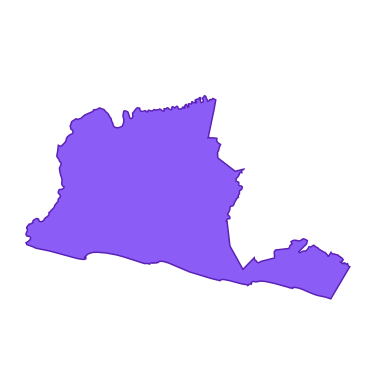 the district of Villa de Tututepec de Melchor Ocampo, Oaxaca, Mexico, rotated 4°
{"feature_id": "50627088B81743896776092", "entity_name": "Villa de Tututepec de Melchor Ocampo", "entity_type": "district", "adm_level": 2, "iso_a3": "MEX", "parent_name": "Mexico", "parent_adm1": "Oaxaca", "projection": "orthographic", "projection_center": [-97.497, 16.098], "detail": "fine", "context": "isolated", "style": "filled", "palette": "violet", "viewbox_px": 384, "rotation_deg": 4, "n_neighbors": 0, "source": "geoboundaries", "source_scale": "gbopen_adm2", "svg_char_len": 5978}
<svg xmlns="http://www.w3.org/2000/svg" viewBox="0 0 384 384"><g transform="rotate(4 192 192)"><path d="M242.1,165.6L233.6,168.3L215.4,156.2L214.7,150.9L215.7,148.6L216.1,145.5L217.2,142.6L214.5,141.1L213.5,139.9L212.9,138.7L213.2,137.1L213.0,136.7L208.6,136.5L206.4,136.9L205.9,136.5L205.0,136.4L204.3,136.8L208.3,107.8L209.3,98.5L206.3,97.2L205.1,98.6L204.8,98.7L203.9,98.4L203.3,98.7L202.6,99.9L201.5,100.5L200.7,98.9L200.3,98.5L199.0,95.6L197.8,95.1L197.5,95.3L197.2,96.2L196.3,97.2L196.0,98.1L195.9,98.5L196.5,98.7L196.9,100.0L196.8,101.4L195.3,102.1L194.8,102.1L194.5,101.8L193.8,100.0L193.9,98.7L194.2,97.7L193.5,97.2L193.1,97.3L192.7,97.5L192.8,98.2L192.5,98.6L189.9,99.3L188.8,100.1L188.7,100.7L189.1,101.3L189.7,101.2L190.1,101.7L190.2,102.6L188.6,102.8L188.1,102.6L187.3,102.7L186.1,102.0L185.6,102.0L185.4,102.5L185.7,103.1L185.6,104.0L185.1,104.2L182.8,104.2L182.3,104.5L182.7,106.2L182.6,107.4L182.4,107.6L182.1,107.7L181.5,107.4L181.2,106.1L180.1,105.1L179.3,105.6L178.8,106.7L178.8,107.2L178.3,107.4L178.4,107.8L178.9,108.2L178.8,108.9L178.2,108.9L176.8,108.1L175.9,109.6L175.4,109.9L174.5,109.9L173.5,110.3L172.4,109.6L171.8,107.9L171.2,107.6L170.7,107.6L170.0,108.2L169.3,109.2L168.5,109.2L167.8,108.6L166.9,108.3L166.1,108.5L166.0,111.1L165.5,111.3L164.0,111.2L162.4,109.9L161.6,109.7L160.9,110.1L160.6,110.7L160.2,110.9L159.5,110.8L158.3,111.0L158.7,113.0L158.4,113.1L156.9,113.2L155.0,111.8L153.9,111.5L153.3,112.1L151.1,112.5L150.6,112.9L149.9,112.9L148.8,112.3L148.4,112.5L146.6,113.9L145.4,114.0L143.4,113.4L142.4,113.9L142.2,115.0L141.7,115.3L140.7,115.1L140.4,114.6L139.5,114.1L137.2,115.1L135.6,114.9L135.1,114.7L134.5,113.9L133.9,112.0L131.6,111.8L130.2,113.1L128.5,115.8L127.2,117.5L127.7,120.1L127.6,121.2L127.4,121.9L127.0,122.5L126.2,123.0L125.2,122.8L124.8,122.3L122.6,116.8L121.3,116.1L119.7,115.7L118.7,115.8L118.2,116.5L117.8,120.6L118.2,122.4L118.8,124.0L119.0,125.0L118.8,128.4L118.2,129.9L118.2,130.7L116.9,131.8L114.0,133.1L111.2,133.0L109.9,132.5L108.8,130.9L108.2,129.1L107.1,127.2L106.1,124.3L104.9,123.0L102.8,119.8L100.4,117.9L98.3,115.8L96.9,115.5L94.1,114.6L93.2,114.9L92.3,115.8L89.4,116.8L88.6,116.6L87.9,117.3L87.7,118.1L86.9,118.9L79.9,122.5L77.5,124.7L76.1,126.4L75.3,126.5L73.4,127.5L72.2,127.6L72.0,127.1L70.9,127.2L67.6,129.8L66.8,130.7L66.6,132.7L65.8,134.5L67.0,137.9L68.4,138.7L69.1,139.5L68.9,141.5L68.4,142.2L65.6,143.9L64.2,145.3L63.4,146.4L62.9,148.1L62.6,150.1L61.2,152.2L58.4,155.2L57.5,155.6L55.4,154.7L55.1,160.7L54.6,165.7L55.7,167.4L56.9,168.5L57.5,170.2L59.1,172.0L59.6,172.8L59.0,175.1L58.1,177.3L58.4,179.4L59.6,183.8L60.9,186.9L61.6,189.6L61.4,191.6L61.7,193.6L62.1,194.4L62.9,195.2L64.0,195.7L64.0,196.5L63.8,196.9L62.8,198.0L61.7,198.5L60.0,198.7L59.0,199.4L58.6,201.4L58.7,202.2L59.0,202.8L60.0,203.5L60.7,204.5L61.1,205.4L60.4,206.9L59.1,208.4L59.0,210.7L56.3,214.4L55.4,217.2L52.5,220.6L51.9,221.6L50.7,222.5L51.0,223.9L50.8,224.6L50.1,225.8L49.1,226.9L48.0,227.6L46.8,228.9L46.5,229.8L45.8,230.9L45.0,231.6L44.1,231.9L42.8,232.2L41.9,231.9L41.0,230.7L40.9,229.8L39.2,229.2L38.0,229.7L36.2,230.9L35.5,231.8L35.3,232.4L35.5,233.3L35.4,233.9L34.2,234.3L33.2,235.3L32.4,235.2L31.7,235.5L31.7,236.0L31.3,236.1L30.5,237.2L29.6,238.7L29.5,239.4L29.7,239.9L30.3,240.3L30.5,241.7L29.4,245.0L29.4,246.2L30.1,247.3L31.1,247.6L32.9,247.6L33.8,248.3L34.2,249.0L34.1,250.3L33.0,251.8L31.9,252.8L29.9,254.2L31.0,256.0L36.3,257.5L40.5,259.0L54.2,260.8L77.8,265.5L83.2,266.5L88.7,266.9L88.7,267.2L88.9,266.8L90.4,266.3L90.6,265.9L91.2,265.5L90.5,265.6L89.5,265.1L89.3,264.7L89.5,264.3L90.1,264.3L91.2,264.9L90.3,264.3L90.4,263.6L91.7,261.9L92.7,261.1L94.4,260.2L97.2,259.2L101.4,258.7L110.7,258.8L121.0,260.0L128.5,261.5L149.5,266.7L153.0,266.4L154.6,266.9L155.2,266.5L155.5,266.0L156.2,265.6L157.4,265.5L158.0,265.8L158.7,265.3L159.8,265.5L160.7,265.2L161.5,265.3L162.1,264.8L163.0,264.7L163.5,264.4L163.6,264.0L164.5,263.5L165.1,263.3L168.4,263.3L173.7,264.5L195.1,271.9L217.4,277.0L225.3,278.3L225.9,278.5L226.5,278.4L227.2,277.3L229.2,277.1L231.1,277.2L236.2,277.9L248.2,280.2L254.0,280.8L254.1,281.3L255.0,280.8L255.2,280.3L256.0,279.9L257.2,279.5L257.6,279.8L257.8,279.5L257.4,278.8L257.5,278.1L258.8,277.1L260.0,277.0L262.0,277.2L267.1,276.0L272.0,276.2L280.4,277.4L294.7,280.3L296.4,280.9L296.7,280.7L298.6,280.9L298.7,281.2L299.0,281.2L299.3,281.0L299.5,280.2L300.7,280.0L304.7,280.3L307.9,281.1L317.3,284.4L322.6,286.0L325.6,286.6L332.8,287.6L337.9,288.9L354.6,255.5L353.7,255.3L353.2,255.0L352.5,253.7L352.3,252.8L352.0,252.6L351.0,253.4L350.2,252.5L349.3,252.1L348.7,252.9L347.8,252.3L347.0,252.9L346.6,252.8L346.1,252.0L345.0,251.4L346.5,250.7L347.5,249.2L347.5,248.9L346.3,247.5L342.5,245.2L342.1,244.7L339.5,244.3L338.3,243.9L336.7,244.0L335.0,243.1L334.8,242.6L333.0,246.2L332.6,246.6L332.2,246.6L332.0,246.4L331.9,245.8L329.1,243.1L327.8,242.8L323.7,240.7L322.5,240.0L321.2,238.8L319.0,238.0L317.9,237.0L317.0,236.6L314.9,238.2L314.4,238.4L312.6,238.5L312.3,238.7L312.1,239.5L311.2,241.2L309.4,243.2L308.6,243.0L306.9,243.2L304.0,244.9L303.0,244.8L302.6,244.1L309.9,235.9L310.5,232.5L309.4,231.8L306.7,230.9L305.9,231.1L304.4,232.3L302.1,233.6L300.8,233.1L297.6,232.9L295.8,233.5L294.2,234.8L295.5,236.9L293.7,238.2L292.6,241.6L279.4,244.0L278.2,245.9L279.0,252.0L265.7,256.4L263.5,257.9L261.8,257.4L261.3,257.1L260.7,256.1L259.2,255.2L258.7,253.2L248.2,265.6L233.6,243.2L229.0,218.7L228.2,218.8L228.5,217.6L229.1,216.4L229.6,216.1L231.0,216.2L231.7,215.6L231.3,213.9L229.2,212.1L229.5,211.5L229.5,210.7L230.7,208.1L231.2,203.9L231.6,203.6L233.7,203.0L234.4,202.1L235.3,199.1L236.7,196.5L236.8,195.8L238.7,193.9L238.3,192.4L239.5,190.3L239.3,189.2L239.3,187.6L240.9,186.3L241.6,185.3L241.9,183.6L240.9,182.6L239.1,182.5L238.5,182.1L238.0,181.2L238.1,179.5L237.9,179.0L235.2,178.1L235.1,175.8L235.2,175.3L236.3,174.2L237.2,172.9L238.0,171.0L238.0,170.1L239.0,169.1L240.3,169.3L240.0,167.2L241.1,166.3L241.2,165.9L242.0,165.9L242.1,165.6Z" fill="#8b5cf6" stroke="#5b21b6" stroke-width="1.5"/></g></svg>